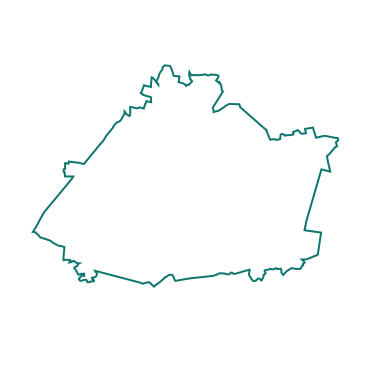 the district of Damascus, Damascus, Syria, rotated 198°
{"feature_id": "27442178B22471987034404", "entity_name": "Damascus", "entity_type": "district", "adm_level": 2, "iso_a3": "SYR", "parent_name": "Syria", "parent_adm1": "Damascus", "projection": "orthographic", "projection_center": [36.287, 33.515], "detail": "fine", "context": "isolated", "style": "outline", "palette": "teal", "viewbox_px": 384, "rotation_deg": 198, "n_neighbors": 0, "source": "geoboundaries", "source_scale": "gbopen_adm2", "svg_char_len": 5960}
<svg xmlns="http://www.w3.org/2000/svg" viewBox="0 0 384 384"><g transform="rotate(198 192 192)"><path d="M187.0,106.7L185.2,106.9L184.8,106.8L184.1,106.4L182.2,104.0L180.4,102.3L167.8,109.0L145.9,118.8L141.9,121.9L141.0,123.0L140.4,123.4L139.7,123.6L138.2,123.8L136.4,124.5L135.8,124.5L133.8,124.4L131.7,125.0L131.3,125.2L130.5,126.3L130.0,127.3L129.9,127.4L129.6,127.6L129.4,127.6L126.7,127.1L126.2,127.2L120.5,131.0L120.4,131.2L113.2,135.9L113.0,135.4L112.9,134.9L112.6,132.4L112.2,131.1L111.9,130.4L110.6,129.5L108.5,127.6L107.6,127.0L106.5,126.4L105.3,126.5L104.6,126.9L104.0,127.6L103.4,128.3L103.2,128.6L102.8,129.7L102.3,130.2L101.8,130.3L100.9,130.3L100.0,130.0L99.4,129.7L99.0,129.3L98.7,129.2L98.4,129.5L97.9,133.6L97.9,134.3L98.3,135.5L97.1,136.8L96.9,137.7L98.5,139.1L98.5,139.9L97.5,140.8L96.0,141.3L94.8,142.2L94.2,143.0L93.3,143.2L92.3,143.1L90.9,143.6L89.5,144.5L88.5,145.6L87.8,145.2L86.8,145.1L86.0,145.5L85.0,146.0L84.1,146.4L83.4,146.2L82.8,145.2L82.3,143.4L79.7,141.3L78.5,143.6L77.7,145.7L76.9,146.7L75.3,148.5L74.6,149.6L73.7,150.4L69.2,151.0L67.3,151.7L65.9,152.0L65.1,152.7L64.7,153.9L64.7,155.3L64.2,155.8L63.6,156.9L64.3,157.7L63.0,159.7L65.2,161.1L66.6,161.7L62.1,163.4L54.4,170.0L54.0,170.2L54.0,170.3L53.0,171.2L56.2,190.4L56.6,193.3L73.1,190.4L74.2,199.1L75.9,253.5L66.9,254.1L67.6,255.5L71.9,262.5L74.8,268.0L73.6,269.5L73.2,270.2L70.7,276.5L69.9,278.3L69.5,278.9L68.2,280.3L68.9,281.1L69.1,281.8L70.5,283.6L70.4,283.9L68.9,286.5L70.1,288.3L73.7,287.6L83.1,286.5L90.8,282.0L96.9,290.6L104.0,286.9L101.9,283.4L101.8,283.1L102.0,282.9L105.4,281.4L106.1,281.3L106.8,281.5L110.3,283.6L114.5,280.1L113.4,278.3L113.4,278.0L113.5,277.8L119.7,275.0L120.1,274.9L120.5,275.1L121.3,274.3L122.7,275.1L124.5,275.0L125.4,273.9L124.6,269.5L125.6,268.8L128.1,267.6L129.4,267.7L130.1,267.7L130.7,267.5L131.6,267.1L133.8,265.9L133.9,266.0L134.7,267.0L135.6,267.9L140.4,273.6L140.2,273.9L140.5,274.2L140.8,274.0L172.3,287.5L174.1,290.1L174.8,289.8L176.2,289.4L183.2,287.5L184.1,287.0L185.2,286.0L186.9,283.8L190.9,278.6L191.3,278.1L192.5,277.1L196.1,274.8L196.5,275.9L197.8,277.9L198.3,278.6L193.6,297.2L194.3,297.3L195.0,297.9L195.3,298.5L196.4,300.8L196.9,301.7L198.5,303.9L198.8,304.1L199.9,305.0L200.1,304.1L201.6,304.8L203.6,305.5L203.1,306.8L202.4,309.4L202.9,310.9L204.1,310.9L204.3,310.8L205.1,310.6L206.0,310.8L207.6,310.1L210.3,309.6L210.8,309.2L211.2,308.8L211.8,308.3L212.5,308.0L213.8,307.7L214.7,308.0L215.8,308.0L216.1,307.9L217.2,307.1L219.8,306.1L221.4,305.2L222.5,304.9L224.0,304.7L224.3,304.5L224.6,304.3L225.1,304.0L225.9,303.8L226.8,303.8L227.6,303.4L228.6,302.9L229.0,303.0L229.3,303.1L231.5,305.3L231.3,303.7L230.7,302.1L230.4,301.6L229.3,300.2L228.6,298.9L226.1,297.4L228.0,293.1L229.0,292.7L229.5,292.6L230.4,291.1L231.9,292.1L233.6,292.5L238.7,292.4L239.7,298.1L244.7,296.8L245.6,297.1L248.6,301.7L251.8,305.1L257.1,304.0L258.1,302.2L258.4,301.9L258.1,299.9L259.5,294.8L259.4,290.7L260.1,286.1L257.4,284.2L257.2,283.6L261.7,286.8L263.7,288.1L264.6,288.4L265.3,288.5L265.8,288.5L265.1,285.5L264.5,282.3L264.0,280.6L263.7,280.1L263.5,279.2L265.3,279.1L267.4,278.7L268.2,278.7L269.1,278.8L270.6,278.7L270.6,277.0L271.0,271.1L271.3,270.3L271.2,270.2L268.2,269.5L268.2,269.3L267.6,269.3L267.7,269.0L267.5,269.3L265.6,269.2L260.6,269.6L259.7,267.9L258.9,265.5L258.6,264.8L259.2,264.6L259.5,264.5L261.9,264.5L263.4,264.3L263.4,261.7L263.7,261.3L263.7,256.5L267.6,256.3L268.2,256.1L269.4,255.0L269.8,254.7L270.4,254.5L271.6,254.3L274.2,254.3L277.1,253.7L275.5,249.0L275.0,247.4L274.8,246.2L274.6,245.7L275.0,244.9L275.7,245.3L277.6,245.5L278.3,245.7L278.8,246.0L280.3,247.4L281.1,247.8L280.8,246.9L280.5,246.2L280.4,245.9L280.4,245.4L281.1,242.3L281.5,239.7L282.1,238.1L282.4,237.3L283.1,236.4L285.0,234.9L285.3,234.5L285.6,233.9L286.6,231.5L287.3,228.2L289.4,222.6L290.0,221.3L290.2,220.8L291.2,218.0L291.3,216.9L291.7,215.3L292.3,213.1L292.9,211.6L294.2,208.9L297.1,201.4L298.6,197.8L300.1,193.7L303.5,185.1L308.4,184.9L315.5,183.4L318.5,183.0L318.2,180.8L318.3,180.7L319.3,180.6L320.7,180.6L321.1,180.4L321.6,180.1L321.5,179.8L320.4,176.8L320.2,175.5L319.9,174.5L320.0,174.4L320.9,174.1L321.0,174.0L320.3,171.5L320.1,171.4L319.4,171.5L319.2,171.4L318.3,169.2L317.6,167.6L309.7,170.0L310.1,168.1L319.5,144.3L323.3,134.9L326.0,128.1L326.6,126.0L327.6,121.1L328.3,117.4L328.8,113.9L329.1,113.0L329.7,109.7L331.0,104.9L329.3,105.3L327.8,105.1L326.7,104.3L326.1,104.0L325.6,103.9L323.8,103.1L323.1,102.6L322.6,102.1L322.1,102.0L321.6,101.9L320.9,102.0L318.4,101.9L317.5,102.1L317.0,102.2L315.3,102.0L312.0,101.9L311.4,101.8L309.2,101.0L308.2,100.8L305.9,100.2L304.3,100.1L303.1,99.8L302.5,99.7L301.4,99.8L299.5,100.3L298.2,100.2L296.4,100.3L293.4,87.9L293.2,87.5L292.4,88.0L287.4,89.6L287.0,89.6L286.8,89.5L286.5,89.1L286.4,89.1L286.8,87.1L284.5,88.5L283.7,89.7L282.5,90.0L281.7,89.5L280.7,89.1L278.6,89.0L277.2,89.3L277.8,88.7L278.4,88.3L278.4,87.8L278.0,86.9L278.1,86.5L278.5,85.9L278.8,85.5L280.0,84.7L280.3,84.3L280.2,83.4L280.4,83.1L278.2,81.7L277.8,81.5L277.5,80.9L276.9,80.4L276.6,80.3L276.2,80.0L275.2,78.7L274.8,78.5L274.3,78.3L273.5,78.8L272.7,79.6L272.3,79.9L271.7,79.9L270.7,80.4L270.5,80.6L269.4,81.0L269.2,80.5L269.2,80.0L268.7,79.3L268.5,79.0L268.7,78.6L268.9,78.6L269.9,79.2L270.6,78.6L271.4,77.7L271.9,76.6L272.4,75.2L272.8,74.8L272.6,74.2L272.0,73.7L271.5,73.3L270.6,73.1L269.5,73.6L267.8,74.8L266.5,75.5L265.7,75.7L265.2,75.6L264.7,75.3L264.4,74.8L263.8,74.3L263.4,73.9L262.6,74.3L261.1,74.8L260.6,75.7L259.9,76.1L257.8,76.6L257.7,77.3L258.3,77.9L259.1,78.5L260.3,78.7L260.7,79.1L260.7,79.4L260.0,80.0L258.9,80.5L257.5,81.6L257.1,82.4L257.0,83.5L257.2,85.1L259.5,86.7L259.9,87.1L212.9,89.8L211.3,89.5L210.9,89.5L210.5,89.6L206.4,92.3L205.4,92.7L204.6,92.9L202.8,92.1L200.0,90.8L198.8,90.3L197.8,92.3L197.4,92.8L196.2,94.3L195.3,95.6L193.7,98.1L192.3,100.4L192.2,100.9L192.0,101.4L191.8,101.9L190.1,103.5L189.1,105.0L188.7,105.5L188.0,106.1L187.0,106.7Z" fill="none" stroke="#0f766e" stroke-width="2"/></g></svg>